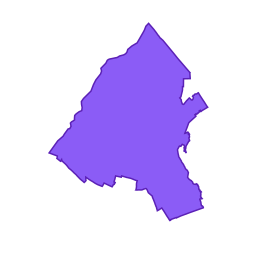 Timisesti, Iasi, Romania, rotated 259°
{"feature_id": "2599482B14800869751050", "entity_name": "Timisesti", "entity_type": "district", "adm_level": 2, "iso_a3": "ROU", "parent_name": "Romania", "parent_adm1": "Iasi", "projection": "orthographic", "projection_center": [26.494, 47.231], "detail": "fine", "context": "isolated", "style": "filled", "palette": "violet", "viewbox_px": 256, "rotation_deg": 259, "n_neighbors": 0, "source": "geoboundaries", "source_scale": "gbopen_adm2", "svg_char_len": 5529}
<svg xmlns="http://www.w3.org/2000/svg" viewBox="0 0 256 256"><g transform="rotate(259 128 128)"><path d="M226.8,168.2L224.5,165.0L221.0,162.8L218.8,161.0L209.8,153.2L207.8,147.5L205.2,142.8L202.8,141.5L201.4,140.0L200.6,137.8L200.3,133.5L199.3,130.9L199.2,122.8L198.9,121.6L198.3,120.5L195.8,118.6L191.8,112.8L189.1,112.9L188.5,112.7L186.3,111.4L181.3,105.6L177.2,102.4L171.3,98.7L165.5,90.0L162.9,87.3L159.9,86.9L156.8,86.9L153.9,85.9L153.3,83.1L151.7,79.7L150.5,78.1L147.8,77.3L146.2,77.1L145.5,75.7L144.8,73.7L143.8,72.4L140.5,72.4L138.5,70.7L138.5,69.0L134.3,64.5L132.3,62.7L128.8,56.6L118.6,45.8L114.0,53.3L112.2,52.7L111.8,52.5L111.7,52.4L108.2,55.4L108.1,55.6L109.2,56.3L109.7,56.8L109.3,56.8L109.0,56.8L107.9,57.2L107.5,57.5L106.0,58.6L105.4,59.1L105.1,59.3L103.7,60.3L103.4,60.4L102.6,61.0L102.4,61.0L102.1,61.1L101.6,61.4L99.8,62.3L97.4,64.3L95.3,65.8L94.6,66.2L92.4,67.9L92.0,68.2L91.2,68.6L87.3,71.1L85.4,72.6L84.5,73.4L82.9,74.6L83.3,75.3L83.8,76.1L84.1,76.4L84.4,76.5L84.6,76.8L85.0,76.7L87.8,77.2L87.3,77.7L86.1,78.8L84.7,80.2L83.2,81.8L82.2,83.0L81.4,83.8L80.1,85.1L78.3,87.3L75.6,91.5L76.0,92.0L78.0,93.6L78.5,94.0L73.4,101.0L73.3,101.3L75.3,102.9L75.1,103.2L75.3,103.7L76.3,104.3L76.2,104.5L76.8,104.9L76.9,104.6L77.2,104.7L77.5,104.0L77.8,104.0L79.2,104.7L79.6,105.0L83.3,106.7L81.0,112.0L82.2,112.6L79.9,117.0L79.6,117.5L79.3,118.4L78.9,119.2L78.4,120.4L77.7,121.7L77.0,122.8L75.5,125.1L74.7,126.4L74.6,126.6L74.5,127.0L73.9,126.7L73.3,126.4L72.3,125.9L70.9,125.5L70.3,125.5L69.6,125.2L68.9,125.2L66.7,124.4L65.9,124.1L65.7,123.9L65.4,124.9L65.3,126.0L65.1,127.2L64.7,128.9L64.6,130.0L64.7,130.7L65.0,131.8L65.1,133.2L65.2,133.9L65.1,134.2L64.7,134.5L64.1,134.8L63.5,135.0L62.1,135.3L60.6,135.6L56.4,138.9L56.0,138.8L55.5,138.8L54.8,138.9L53.1,139.3L49.2,140.0L48.2,140.1L47.0,140.3L46.6,140.4L45.7,140.5L45.2,140.7L44.5,140.8L43.1,140.8L42.2,141.0L41.5,141.0L41.2,141.0L41.6,142.3L43.0,145.9L41.1,146.7L39.2,147.5L34.1,149.4L32.7,150.0L32.3,150.2L31.2,150.6L30.4,150.9L29.2,151.4L29.3,152.1L29.9,152.0L30.9,158.2L30.5,158.3L31.6,163.0L32.9,170.9L33.3,173.4L35.3,186.7L35.7,186.8L36.2,186.7L36.5,186.6L36.9,186.4L37.5,185.9L37.5,185.6L37.8,185.4L38.0,185.3L38.5,185.2L39.2,185.3L39.8,185.2L41.4,185.4L41.8,185.3L42.3,185.1L43.1,185.2L43.8,184.8L44.0,184.8L44.5,184.9L44.6,185.6L44.6,186.3L44.4,186.8L44.5,187.3L45.0,187.0L45.4,186.8L46.1,186.3L46.3,186.5L46.5,186.4L46.8,186.3L47.0,186.2L47.3,186.3L47.9,186.4L48.2,186.6L48.3,186.8L48.9,186.8L49.5,187.0L50.1,186.9L50.5,186.9L50.9,187.0L51.1,187.6L51.2,187.8L51.4,187.7L51.6,187.6L51.7,187.3L51.7,187.2L51.9,187.0L52.0,187.3L52.5,187.0L52.8,186.6L52.9,186.4L53.1,186.4L53.5,186.6L53.8,186.2L54.1,185.9L54.9,186.1L55.0,186.1L55.2,185.9L55.5,185.9L56.4,186.1L56.6,186.2L57.1,186.0L57.5,185.8L57.8,185.9L58.2,185.5L58.5,185.6L58.8,185.4L59.0,185.4L59.2,185.5L59.6,185.2L60.2,184.4L59.7,184.1L60.2,182.3L60.7,181.5L61.0,181.3L61.4,181.1L62.2,181.2L62.6,181.1L63.3,180.6L64.0,180.2L64.3,180.1L64.4,179.7L64.6,179.5L65.3,179.0L65.4,178.8L65.5,178.6L66.0,178.2L67.0,177.8L67.8,177.2L68.1,177.1L68.5,177.2L72.7,178.8L73.0,178.7L73.5,178.5L73.9,178.5L75.1,178.1L75.5,177.9L75.6,177.7L76.1,177.2L77.6,176.5L78.0,176.4L78.3,176.4L78.7,176.3L79.0,176.2L79.3,176.2L79.8,175.9L81.6,175.5L81.9,175.4L82.1,175.2L82.7,175.0L83.3,174.7L83.9,174.3L84.7,174.1L84.8,174.1L85.2,174.1L85.8,173.9L88.1,173.1L90.2,172.3L90.6,172.3L91.2,172.4L92.7,172.3L93.1,172.3L94.0,172.3L97.1,172.4L98.0,172.9L99.3,174.1L100.1,174.7L100.4,175.0L100.3,175.7L100.0,176.1L99.9,176.4L100.6,177.1L101.6,178.1L101.5,178.4L101.2,178.6L100.4,179.8L98.3,180.0L98.2,179.9L98.2,179.6L98.1,179.3L97.9,179.3L97.6,179.3L97.2,179.2L96.3,179.2L96.1,179.2L95.9,179.2L95.5,178.9L95.0,178.9L94.9,178.7L94.7,178.6L94.5,178.8L94.5,179.2L94.3,179.5L94.1,179.6L93.6,179.8L92.9,180.0L92.9,180.4L93.2,180.4L94.1,180.3L95.5,180.1L95.9,180.2L96.7,180.7L98.9,181.4L99.4,181.7L101.2,183.3L103.4,185.1L103.4,185.4L103.6,185.9L103.8,186.1L106.0,185.9L106.6,185.9L106.8,185.9L107.0,186.3L107.3,186.6L107.6,186.7L108.4,186.7L109.4,186.8L109.7,186.9L110.0,187.2L110.4,187.1L110.6,186.9L110.5,186.6L110.6,186.4L110.5,186.1L111.0,186.1L111.4,186.6L111.6,186.5L112.4,186.1L112.6,186.0L112.6,185.8L112.0,184.0L111.9,183.2L111.9,182.8L117.6,186.3L119.1,187.2L121.3,188.5L121.6,188.8L122.1,189.5L122.6,190.3L126.6,196.9L128.2,196.2L128.7,197.0L128.1,197.2L129.2,198.8L128.8,199.0L130.3,201.4L131.1,201.1L131.6,202.3L130.3,202.8L130.6,203.4L131.0,204.1L131.6,205.8L133.2,210.2L134.6,209.5L138.8,207.9L142.1,206.5L146.3,204.8L149.1,203.8L149.2,203.7L148.8,202.8L148.5,202.4L148.4,202.1L148.4,201.7L148.5,201.1L148.5,200.1L148.3,199.8L147.8,199.4L147.6,199.2L147.6,198.7L147.6,198.2L146.8,197.5L146.7,197.7L146.6,197.8L146.3,197.7L145.7,198.0L144.9,197.8L144.0,197.3L143.4,196.7L143.2,196.3L143.2,196.2L143.3,195.9L143.4,195.7L143.6,195.4L144.2,195.1L144.5,194.9L144.9,194.6L145.8,193.9L143.5,190.6L142.2,189.1L141.4,188.1L140.9,187.7L140.7,187.3L140.6,187.0L140.7,186.9L140.9,186.3L141.1,186.1L141.4,185.8L141.6,185.8L142.2,185.8L142.7,185.7L143.4,185.6L144.2,185.4L144.8,185.6L145.4,185.6L145.8,185.6L146.2,185.4L146.7,185.1L147.1,184.9L147.4,184.6L147.7,184.5L148.5,185.9L149.9,186.5L154.0,188.4L155.1,188.8L158.2,189.4L158.0,190.3L165.7,191.9L164.6,198.5L170.2,199.2L170.4,199.2L170.5,199.4L187.0,190.0L191.4,187.7L192.7,187.0L206.5,179.5L207.4,179.0L208.7,178.0L209.7,177.3L209.7,177.1L209.8,177.0L209.9,176.9L212.6,175.7L213.6,175.1L215.9,174.1L219.8,172.2L226.8,168.2Z" fill="#8b5cf6" stroke="#5b21b6" stroke-width="1.5"/></g></svg>